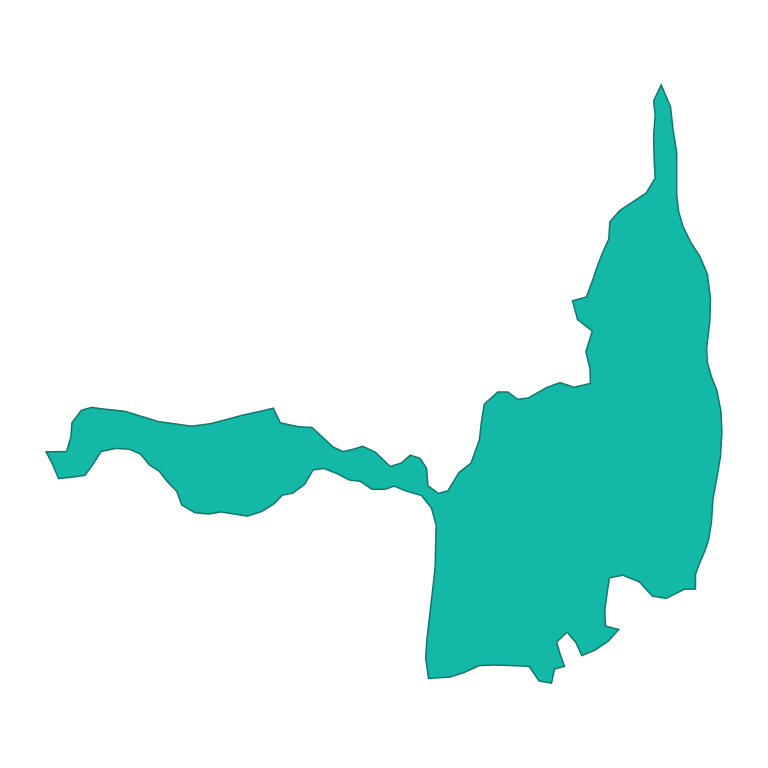 outline of Paulista, Pernambuco, Brazil
{"feature_id": "56859067B6183136876088", "entity_name": "Paulista", "entity_type": "district", "adm_level": 2, "iso_a3": "BRA", "parent_name": "Brazil", "parent_adm1": "Pernambuco", "projection": "equal_earth", "projection_center": [-34.904, -7.91], "detail": "fine", "context": "isolated", "style": "filled", "palette": "teal", "viewbox_px": 768, "rotation_deg": 0, "n_neighbors": 0, "source": "geoboundaries", "source_scale": "gbopen_adm2", "svg_char_len": 2039}
<svg xmlns="http://www.w3.org/2000/svg" viewBox="0 0 768 768"><path d="M46.1,451.8L52.7,464.6L58.5,478.5L71.9,477.2L84.9,475.3L92.8,464.6L101.0,451.6L115.7,448.4L129.3,449.2L140.2,453.9L149.7,465.1L159.2,471.2L166.8,481.1L176.7,491.3L181.7,504.9L194.9,512.7L209.1,514.0L220.9,511.9L233.9,514.0L247.3,516.1L261.9,511.4L274.7,503.3L282.2,495.2L292.7,493.1L304.5,484.5L313.1,469.9L324.1,468.5L337.3,473.8L349.4,480.0L360.2,481.3L371.9,489.2L384.7,489.4L394.2,486.1L405.6,490.8L421.5,495.5L431.4,508.0L436.1,524.7L435.1,567.6L433.0,586.6L427.0,638.9L425.6,657.5L428.5,678.4L449.9,677.1L464.4,672.4L479.0,665.6L493.9,665.0L511.8,665.6L529.0,666.3L539.1,681.0L551.5,683.1L554.5,669.0L564.5,666.3L560.1,654.1L556.6,642.0L567.1,632.1L576.0,642.8L581.8,655.6L595.0,650.1L608.4,641.0L618.7,629.5L605.3,626.1L604.9,609.1L607.4,591.1L609.4,577.8L622.8,575.2L639.3,581.9L652.3,596.1L666.2,598.4L684.1,589.3L695.5,589.0L695.5,574.4L699.6,563.1L704.8,551.1L708.5,540.1L711.4,522.6L713.0,498.6L716.9,477.7L720.4,457.0L721.9,432.2L721.0,411.6L716.9,390.7L711.1,375.8L707.4,362.5L706.6,347.8L708.3,334.2L709.9,320.1L710.5,298.7L707.4,274.1L699.6,255.8L691.1,243.0L682.9,226.3L678.5,210.9L676.7,194.7L676.7,174.0L676.7,152.6L673.0,129.1L670.5,106.9L661.2,84.9L653.6,100.9L655.2,115.0L653.6,136.4L654.2,160.7L655.2,178.0L646.3,192.9L619.9,210.4L609.8,221.9L608.8,239.1L602.4,253.2L597.4,266.0L592.9,279.4L586.5,296.9L572.5,300.8L577.6,319.6L592.3,331.1L585.9,351.7L590.0,368.7L590.4,383.4L573.9,387.3L560.1,382.6L547.1,387.3L528.3,398.0L517.6,399.3L507.9,392.0L497.8,392.0L484.2,404.3L481.3,422.8L479.4,439.8L471.0,463.1L459.0,472.5L447.9,490.8L438.4,493.4L427.9,485.8L426.6,468.5L420.2,458.4L410.3,455.2L401.2,463.1L390.3,466.5L375.4,452.3L362.8,446.3L353.4,449.2L343.0,451.6L332.9,446.9L312.1,427.5L298.1,426.7L280.3,422.8L273.3,408.2L256.8,412.1L243.2,415.0L211.0,423.6L191.6,426.2L158.0,421.5L124.9,411.3L113.2,410.0L103.5,409.0L91.5,407.4L81.4,410.3L71.9,422.8L70.9,436.9L66.5,451.6L46.1,451.8Z" fill="#14b8a6" stroke="#0f766e" stroke-width="1.5"/></svg>